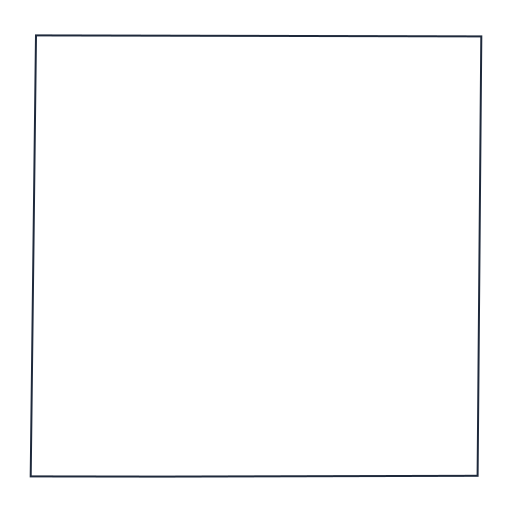 the district of Armstrong, Texas, United States of America
{"feature_id": "52423323B62682340625208", "entity_name": "Armstrong", "entity_type": "district", "adm_level": 2, "iso_a3": "USA", "parent_name": "United States of America", "parent_adm1": "Texas", "projection": "mercator", "projection_center": [-101.331, 34.965], "detail": "fine", "context": "isolated", "style": "outline", "palette": "slate", "viewbox_px": 512, "rotation_deg": 0, "n_neighbors": 0, "source": "geoboundaries", "source_scale": "gbopen_adm2", "svg_char_len": 194}
<svg xmlns="http://www.w3.org/2000/svg" viewBox="0 0 512 512"><path d="M481.3,36.4L36.0,35.4L30.7,476.4L161.6,476.6L477.6,475.8L481.3,36.4Z" fill="none" stroke="#1e293b" stroke-width="2"/></svg>